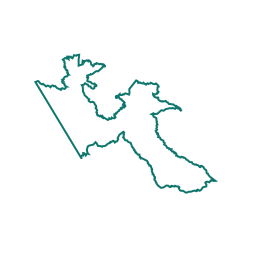 outline of Itaituba, Pará, Brazil, rotated 307°
{"feature_id": "56859067B66387525503702", "entity_name": "Itaituba", "entity_type": "district", "adm_level": 2, "iso_a3": "BRA", "parent_name": "Brazil", "parent_adm1": "Pará", "projection": "natural_earth1", "projection_center": [-56.242, -6.032], "detail": "fine", "context": "isolated", "style": "outline", "palette": "teal", "viewbox_px": 256, "rotation_deg": 307, "n_neighbors": 0, "source": "geoboundaries", "source_scale": "gbopen_adm2", "svg_char_len": 5968}
<svg xmlns="http://www.w3.org/2000/svg" viewBox="0 0 256 256"><g transform="rotate(307 128 128)"><path d="M75.6,109.5L77.1,107.7L78.6,107.9L79.1,108.8L81.0,107.3L81.6,108.3L80.7,110.8L83.1,110.6L83.5,111.7L83.8,110.6L85.5,108.5L88.2,107.2L89.9,107.1L93.9,110.3L97.1,110.6L97.0,112.0L95.6,114.8L96.7,116.3L97.5,118.6L98.0,118.5L100.2,120.7L103.8,121.5L105.0,122.6L106.3,122.2L106.6,123.0L108.7,123.7L109.0,124.3L108.5,126.2L109.5,126.2L110.6,127.2L111.3,127.2L113.4,126.8L113.7,125.8L117.5,125.2L122.2,126.6L122.1,127.5L121.2,127.4L120.6,128.6L119.9,128.5L119.0,129.5L117.6,129.7L117.4,131.4L116.6,132.6L116.6,133.4L117.5,134.6L117.0,136.2L117.7,139.2L115.4,142.6L115.3,144.0L114.8,144.4L114.5,146.2L113.9,146.4L114.0,147.0L113.3,147.8L113.6,148.4L112.9,149.2L113.2,149.7L112.7,151.7L113.5,153.0L113.0,153.1L112.4,155.1L111.7,155.2L112.0,156.2L111.4,156.6L112.4,158.0L113.2,163.0L112.6,164.6L111.7,165.0L111.5,167.6L110.9,167.7L111.4,168.8L111.3,169.3L110.8,169.5L110.0,171.4L109.4,171.5L109.4,172.3L107.6,173.2L107.4,174.2L105.9,175.5L106.4,176.0L105.2,177.9L105.0,179.2L103.9,179.8L103.5,179.5L102.4,180.6L102.4,181.6L101.5,182.7L101.6,183.4L100.9,184.0L100.1,186.5L100.1,190.4L101.9,192.1L105.1,193.2L106.1,194.8L106.0,197.0L107.1,197.8L107.4,197.3L108.0,197.5L109.2,200.3L110.1,200.3L110.3,201.4L111.7,203.7L111.6,204.6L110.6,204.6L109.5,206.9L109.6,207.7L111.0,209.9L111.2,213.0L112.2,214.2L113.4,214.6L115.0,216.6L117.5,218.3L118.5,219.6L118.8,220.8L119.3,221.0L119.9,220.4L120.8,220.8L121.0,223.0L122.5,223.6L125.7,223.5L128.5,225.7L130.0,224.6L130.8,222.7L131.8,222.7L132.8,223.6L133.6,225.7L135.4,225.6L136.1,226.4L137.0,225.9L137.2,228.2L138.4,229.6L138.4,222.6L139.0,220.3L139.6,219.4L139.3,218.6L139.5,217.7L141.1,216.2L141.4,215.4L141.3,213.8L142.2,211.8L142.1,209.6L141.5,209.0L140.4,209.4L140.0,208.7L140.5,206.7L139.6,204.6L139.8,204.2L138.9,203.3L138.4,201.0L139.1,199.8L137.9,197.5L138.2,195.4L137.9,193.3L138.3,192.3L138.1,190.4L137.6,190.1L137.8,189.3L137.2,188.0L136.6,188.1L135.9,187.5L135.6,185.2L135.2,184.9L135.5,183.6L135.0,183.1L136.4,182.3L136.7,181.1L136.7,180.6L136.1,180.9L135.7,180.3L136.5,178.2L135.7,177.1L136.1,176.2L137.2,175.6L136.3,175.0L136.5,174.4L136.1,173.9L136.5,173.8L136.5,172.8L135.7,171.3L136.7,169.2L136.6,166.8L138.1,166.4L138.1,165.1L139.2,163.8L138.6,160.9L139.6,159.5L138.9,157.5L140.1,157.3L140.6,155.4L141.1,155.9L141.8,155.0L141.6,153.3L142.3,151.9L144.1,152.3L144.5,151.0L146.2,150.6L146.3,150.1L147.5,149.1L148.4,149.5L149.8,147.3L150.6,147.2L151.6,145.7L152.8,144.9L153.0,144.3L152.4,141.7L153.2,140.6L153.9,140.4L153.3,138.6L155.1,139.5L154.9,140.5L156.9,142.8L162.3,144.0L163.3,146.1L165.5,146.6L169.0,149.5L170.2,151.3L170.8,151.5L171.7,154.1L173.3,154.1L173.6,156.0L174.2,156.3L173.7,159.7L174.1,159.8L175.0,158.0L175.0,155.9L174.3,154.9L174.8,153.4L174.0,152.4L174.1,150.1L171.8,146.0L172.4,144.6L171.9,143.3L172.3,141.8L170.1,140.0L170.0,139.0L169.3,138.7L168.9,137.3L168.8,135.6L169.7,134.2L170.3,134.1L170.4,133.4L169.2,132.4L168.8,130.2L169.4,128.4L170.4,127.4L170.7,129.0L171.5,129.9L173.2,130.1L173.1,130.6L173.9,130.8L175.2,130.7L175.4,129.2L176.3,128.3L178.6,127.0L179.5,127.6L180.1,126.6L180.4,123.6L179.4,123.3L178.4,121.8L177.9,119.1L177.1,119.1L176.0,117.8L175.5,117.8L175.3,116.6L173.6,116.3L173.8,115.7L173.4,115.2L173.4,113.6L173.1,113.8L172.4,113.0L171.5,110.4L170.8,109.7L171.3,109.7L170.6,108.2L171.2,107.5L170.9,105.9L159.9,105.6L156.9,108.1L155.3,108.7L154.2,105.3L152.9,104.3L152.2,104.5L151.6,103.5L150.9,103.5L150.1,102.7L149.8,101.7L150.3,101.0L149.0,100.8L148.1,101.3L146.9,99.6L146.0,99.3L145.0,100.0L144.9,100.6L146.3,101.5L147.0,102.7L146.4,104.2L146.6,105.3L147.0,105.6L146.4,106.6L146.6,108.9L145.8,109.5L145.9,109.8L144.9,109.8L145.2,110.2L143.5,110.3L144.4,111.9L143.9,112.7L142.0,112.5L142.2,111.7L139.9,110.3L139.5,111.4L137.2,110.1L136.1,110.5L134.6,109.9L132.6,110.0L132.6,109.5L131.4,109.6L130.7,108.9L130.2,109.8L129.5,109.7L129.1,111.5L127.7,111.4L126.4,109.6L126.5,108.8L125.1,109.0L124.5,108.3L124.5,107.2L123.8,107.5L122.3,107.1L121.8,102.3L121.1,102.4L120.9,100.9L122.0,100.7L122.2,100.3L121.6,100.2L121.3,98.5L120.3,98.5L120.2,96.4L119.7,96.1L120.6,94.6L121.5,94.1L121.5,93.3L123.7,92.6L124.5,90.0L125.6,90.1L126.6,88.9L126.8,87.6L127.9,85.6L127.7,84.0L126.2,82.7L125.9,80.5L126.4,79.9L127.6,79.7L127.5,77.3L127.9,76.5L128.0,73.8L129.4,71.8L129.9,70.3L133.8,67.0L134.4,65.3L136.3,66.8L137.9,66.8L138.1,69.3L138.5,69.9L137.6,71.5L138.6,73.1L137.8,74.7L138.4,76.6L139.7,77.1L141.3,76.1L142.0,76.5L142.2,77.3L142.7,77.4L143.2,76.7L142.9,75.7L143.4,74.6L142.5,73.9L141.8,72.1L142.2,70.6L141.0,67.6L141.1,67.1L143.5,66.1L143.6,65.5L144.0,65.5L143.8,64.8L144.4,64.6L144.8,65.2L145.4,63.9L148.0,65.8L148.5,65.7L148.7,66.5L149.7,67.1L153.8,68.2L154.7,68.9L155.2,70.0L160.6,71.1L161.9,70.8L162.5,71.8L163.4,72.5L163.7,72.3L164.1,70.6L163.6,69.1L163.1,68.9L162.9,67.6L161.8,66.9L160.8,63.8L160.0,64.0L158.9,62.7L157.2,63.2L156.3,63.0L156.7,61.9L156.5,60.5L158.1,58.7L158.5,57.4L158.2,57.0L158.4,56.1L157.3,56.1L157.6,54.9L157.0,54.1L156.2,54.0L155.3,52.8L154.9,53.0L154.5,51.3L153.2,52.1L153.2,53.2L152.2,52.7L151.6,53.5L148.1,51.1L152.6,47.6L157.1,44.9L155.5,43.4L154.6,43.2L153.7,41.1L150.3,41.7L150.0,39.9L150.5,39.5L148.8,37.0L148.1,38.3L147.8,37.8L147.2,38.6L147.2,36.6L146.3,36.8L145.9,35.6L143.4,34.8L143.0,37.2L142.1,37.6L141.7,38.5L138.6,40.3L139.3,40.9L138.2,42.0L138.0,41.8L137.3,43.0L137.0,44.0L137.5,44.4L137.3,45.3L135.6,46.1L135.4,46.7L135.7,47.2L134.8,48.0L134.8,48.6L134.0,47.9L132.8,48.4L131.0,46.8L128.8,46.7L128.3,47.3L126.9,46.5L126.6,47.6L126.3,47.1L125.4,47.4L124.7,48.6L125.2,49.8L124.8,49.9L124.8,51.2L123.8,51.9L124.0,53.9L123.6,53.4L122.5,54.1L121.1,53.9L120.2,51.6L119.5,51.6L119.2,51.0L118.1,51.4L117.2,47.3L117.7,44.6L116.7,43.7L116.9,43.0L116.5,42.1L115.6,41.5L113.9,41.6L113.9,39.1L113.3,38.1L111.9,37.6L112.1,33.5L111.2,33.2L110.8,31.2L111.5,28.4L111.2,27.7L109.0,26.4L75.6,109.5Z" fill="none" stroke="#0f766e" stroke-width="2"/></g></svg>